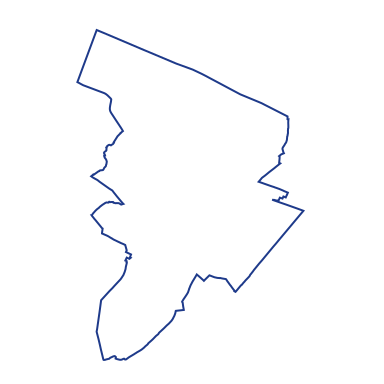 San José Chiapa, Puebla, Mexico (Robinson projection), rotated 268°
{"feature_id": "50627088B16531024966983", "entity_name": "San José Chiapa", "entity_type": "district", "adm_level": 2, "iso_a3": "MEX", "parent_name": "Mexico", "parent_adm1": "Puebla", "projection": "robinson", "projection_center": [-97.747, 19.248], "detail": "fine", "context": "isolated", "style": "outline", "palette": "blue", "viewbox_px": 384, "rotation_deg": 268, "n_neighbors": 0, "source": "geoboundaries", "source_scale": "gbopen_adm2", "svg_char_len": 5760}
<svg xmlns="http://www.w3.org/2000/svg" viewBox="0 0 384 384"><g transform="rotate(268 192 192)"><path d="M90.7,232.0L91.1,232.4L92.3,233.5L94.9,235.8L97.0,237.7L97.5,238.4L97.5,238.5L99.9,240.6L100.3,241.1L101.7,242.3L104.1,244.8L105.8,246.5L107.4,247.4L108.1,248.1L109.3,249.1L110.6,250.2L111.7,251.0L118.0,256.5L121.3,259.6L134.5,271.3L137.4,274.0L140.9,277.1L164.8,298.6L169.3,302.7L169.5,302.3L171.8,296.6L173.7,291.8L176.0,286.0L178.1,280.5L181.5,271.8L181.3,272.8L181.3,273.3L181.3,273.7L181.2,273.9L180.8,275.3L180.5,276.1L180.6,278.3L183.3,279.6L182.8,280.9L182.3,282.2L184.3,283.2L183.8,284.4L183.3,285.5L185.8,286.7L185.8,286.8L188.0,287.8L188.4,286.9L188.7,286.3L189.2,285.2L189.7,284.1L190.2,283.2L191.0,281.5L191.6,280.2L191.9,279.6L192.6,277.8L193.1,276.6L193.6,275.2L194.1,274.1L194.7,272.4L195.3,270.8L197.1,266.2L197.8,264.4L198.6,262.4L198.9,261.6L199.9,259.0L202.2,261.1L203.7,262.4L204.4,263.4L205.7,265.3L206.9,266.9L207.9,268.2L209.0,269.6L211.5,273.1L213.3,275.6L213.5,275.8L217.5,281.2L218.1,280.1L221.7,280.6L222.6,280.7L224.3,280.8L224.8,280.3L226.5,282.5L226.7,283.0L227.5,285.2L228.6,284.7L231.9,283.9L232.8,284.1L233.4,284.4L235.6,286.0L237.0,286.8L238.1,287.7L238.8,288.0L239.7,288.3L240.5,288.6L241.0,288.7L243.5,289.0L243.9,289.0L244.1,289.1L244.4,289.3L244.7,289.3L245.3,289.5L245.6,289.6L246.0,289.6L246.3,289.6L246.5,289.7L246.6,289.8L246.9,289.9L247.3,289.9L248.1,290.0L249.1,290.0L250.0,290.0L250.5,290.1L252.0,290.2L252.5,290.5L254.6,290.6L258.0,290.6L260.5,290.8L261.1,290.9L261.0,290.5L261.3,290.0L264.2,290.1L273.9,272.6L276.5,267.9L278.3,264.7L279.7,261.7L287.9,243.7L294.3,232.6L299.0,224.5L303.1,217.4L305.7,212.9L307.4,210.0L309.8,205.7L314.3,197.0L320.9,180.7L335.1,150.0L335.5,149.1L354.1,109.2L357.2,102.4L316.1,85.5L308.5,82.4L306.1,81.4L305.8,81.3L305.0,82.8L304.0,84.4L302.5,87.0L296.3,101.9L294.9,105.3L294.4,106.5L293.7,108.1L292.8,109.5L291.6,110.9L289.5,112.9L288.2,114.1L287.8,114.3L287.5,114.5L287.1,114.5L286.6,114.4L285.9,114.3L284.4,114.0L283.2,113.7L281.5,113.3L279.3,112.9L278.1,112.8L277.4,112.8L276.6,112.9L275.8,113.1L275.2,113.3L274.6,113.6L273.6,114.1L272.0,115.1L266.2,118.6L262.8,120.7L257.7,123.8L255.3,125.1L253.4,122.6L253.2,122.7L252.1,121.4L251.1,120.4L250.4,119.6L244.4,115.5L244.2,115.8L243.9,115.7L243.7,115.4L243.2,115.1L242.6,114.6L242.4,114.2L241.8,113.0L241.7,112.8L241.5,112.7L241.5,112.4L242.0,111.4L242.0,110.8L241.8,110.2L241.4,109.6L240.9,109.1L240.9,108.9L240.7,108.8L240.2,108.7L239.9,108.4L239.7,108.0L239.5,107.8L239.1,107.9L238.7,108.1L238.3,108.1L237.9,108.0L237.7,107.9L237.0,108.0L236.5,107.8L236.0,107.4L235.7,106.8L234.9,105.8L234.1,105.4L233.5,105.6L232.6,106.1L231.5,106.4L231.3,105.8L231.3,105.5L230.9,105.5L229.3,106.0L228.1,106.9L226.9,107.5L225.3,107.9L222.7,107.4L222.2,107.1L221.7,107.0L220.9,106.8L220.3,106.3L219.7,105.6L218.8,104.9L217.9,104.5L217.2,104.0L216.9,103.0L216.9,102.0L216.8,100.9L216.6,100.5L216.1,100.1L216.0,99.4L212.7,94.4L213.0,94.0L212.2,93.1L211.2,91.8L210.2,93.1L209.4,94.3L207.3,97.8L206.5,98.8L205.6,99.8L198.3,109.4L196.3,112.4L194.0,114.0L192.7,115.0L189.7,117.2L189.6,117.3L184.6,121.2L183.4,122.2L182.6,122.9L182.5,123.0L181.9,120.8L182.3,120.1L182.7,119.6L182.9,119.3L183.2,118.8L183.4,118.2L183.5,117.3L183.5,114.9L183.6,114.6L183.8,114.2L183.9,113.9L183.9,113.5L184.0,113.1L184.6,112.9L184.8,112.7L184.8,112.3L184.8,111.7L184.8,111.1L184.7,110.1L184.8,109.6L185.1,109.3L185.1,108.8L184.9,108.6L184.6,108.5L184.4,108.3L184.3,107.8L184.4,107.1L184.5,106.6L184.5,106.0L184.2,105.3L184.1,104.9L183.9,104.7L182.3,102.0L180.5,99.5L179.2,98.1L178.5,97.0L177.6,95.9L176.5,94.7L176.4,94.6L174.8,93.1L174.2,92.5L172.2,91.0L172.2,90.9L171.1,91.6L170.1,92.4L168.4,93.6L167.6,94.3L165.1,96.2L163.8,97.2L158.9,100.9L158.6,101.4L154.0,100.6L153.7,100.6L151.5,105.2L151.0,106.2L147.1,112.2L143.5,119.1L142.5,121.3L141.4,123.4L136.0,124.7L134.3,123.9L131.7,128.9L130.3,128.3L128.8,127.7L128.4,128.4L127.4,127.1L128.7,124.5L125.8,123.0L125.2,124.3L124.4,124.3L124.1,124.2L123.8,124.1L123.5,124.4L119.6,123.3L117.3,122.9L114.4,121.9L111.3,120.5L110.2,119.7L108.9,118.8L107.3,117.6L100.8,111.1L98.8,109.2L95.9,106.1L87.0,97.4L76.4,95.6L58.4,92.4L55.7,91.8L48.5,93.4L42.5,94.6L38.1,95.4L30.9,96.9L28.4,97.4L27.4,97.7L27.2,98.1L27.3,99.2L27.7,100.6L28.2,103.1L28.2,103.3L28.5,103.7L28.9,104.2L29.2,104.5L29.4,105.0L29.6,105.6L30.5,107.6L30.7,108.9L30.5,109.4L29.6,110.2L28.4,109.8L28.2,109.8L27.6,111.3L26.9,113.8L26.8,114.7L26.9,115.8L27.2,116.6L27.6,117.5L27.8,118.3L27.7,118.5L27.0,119.1L26.9,120.0L27.7,121.3L28.7,122.7L29.2,123.5L29.4,123.9L29.7,124.4L29.9,124.8L30.2,125.3L30.5,125.9L31.4,127.5L31.7,128.1L32.4,129.2L32.8,130.0L33.8,131.6L34.2,132.4L34.6,133.2L34.9,133.7L35.2,134.3L35.6,135.0L36.2,136.0L36.6,136.6L38.2,138.7L38.9,139.4L39.7,140.3L40.6,141.5L41.4,142.5L41.7,142.6L42.3,143.0L43.2,144.1L44.0,145.1L45.0,146.3L45.6,147.0L46.4,147.9L49.4,151.0L51.1,153.3L52.5,154.2L56.7,159.1L59.5,162.1L61.3,164.3L64.0,167.0L65.6,168.2L69.0,170.1L71.5,171.1L73.7,171.6L73.8,171.7L73.9,173.1L74.0,174.3L74.1,175.9L74.3,178.2L74.4,179.7L74.5,179.7L77.9,179.2L81.8,178.8L82.0,178.7L82.5,178.3L82.8,178.3L85.1,179.8L87.8,181.8L90.2,183.5L91.8,184.5L94.7,185.6L94.9,185.7L95.2,185.8L95.5,185.8L96.0,186.1L96.9,186.5L98.1,187.0L99.5,187.7L100.3,188.2L101.4,188.8L102.6,189.5L107.0,192.4L109.4,193.9L109.1,194.2L107.7,195.8L106.9,196.6L106.2,197.4L104.5,199.1L104.3,199.4L102.8,200.8L103.7,201.7L108.1,206.5L107.6,207.8L107.4,208.2L106.0,211.5L105.4,213.9L105.3,214.1L105.0,216.7L105.1,217.0L104.5,219.3L104.4,219.8L104.0,221.8L103.8,222.8L102.7,223.6L102.0,224.0L101.3,224.4L100.8,224.8L100.2,225.2L97.9,226.7L96.9,227.5L96.6,227.7L95.2,228.6L93.5,229.8L92.0,230.9L91.4,230.8L90.7,232.0Z" fill="none" stroke="#1e3a8a" stroke-width="2"/></g></svg>